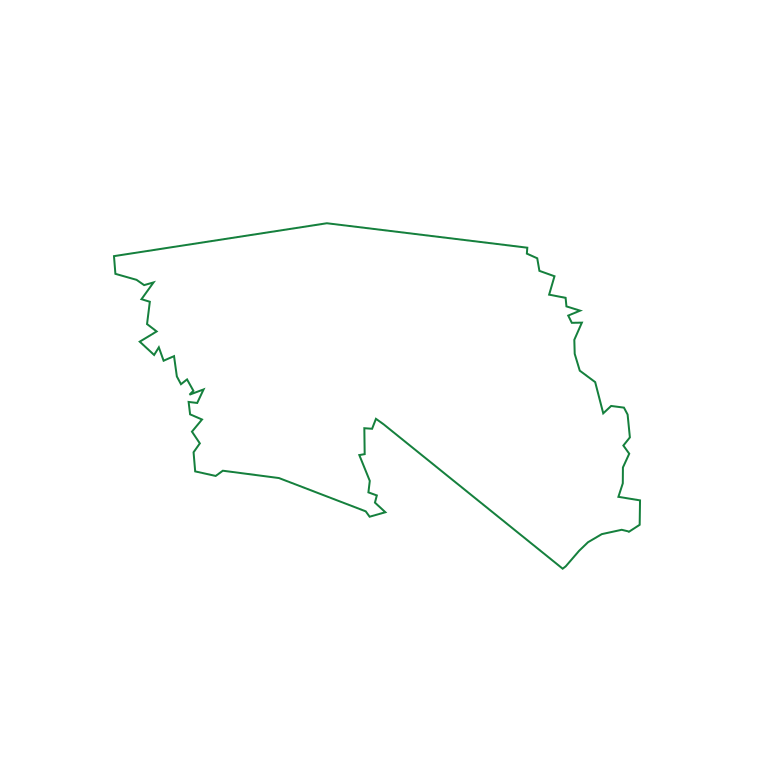 Refugio, Texas, United States of America (Albers equal-area conic projection), rotated 48°
{"feature_id": "52423323B18578133959698", "entity_name": "Refugio", "entity_type": "district", "adm_level": 2, "iso_a3": "USA", "parent_name": "United States of America", "parent_adm1": "Texas", "projection": "albers", "projection_center": [-97.12, 28.308], "detail": "fine", "context": "isolated", "style": "outline", "palette": "green", "viewbox_px": 768, "rotation_deg": 48, "n_neighbors": 0, "source": "geoboundaries", "source_scale": "gbopen_adm2", "svg_char_len": 1149}
<svg xmlns="http://www.w3.org/2000/svg" viewBox="0 0 768 768"><g transform="rotate(48 384 384)"><path d="M640.8,374.8L641.1,371.0L638.5,350.5L638.1,338.2L641.3,322.6L651.4,304.9L656.8,301.2L657.7,300.9L659.7,288.2L641.8,271.6L624.7,285.3L617.6,273.0L605.9,262.3L599.9,248.4L589.9,247.3L588.2,237.0L569.7,223.4L562.1,221.5L552.3,229.9L552.5,240.7L523.9,225.8L505.1,229.6L489.2,222.1L478.5,213.0L470.8,195.9L464.2,203.5L456.4,201.3L460.7,189.2L448.4,196.5L441.5,191.4L428.1,201.5L418.0,185.2L403.9,192.8L393.1,186.0L382.7,190.6L378.6,186.3L226.3,318.9L108.3,499.1L122.4,509.9L141.0,498.2L150.0,496.1L154.3,487.3L158.7,507.5L166.2,503.0L180.9,520.0L192.8,517.8L189.1,537.2L208.6,535.4L206.1,526.8L219.2,532.2L222.8,521.4L239.8,532.9L248.3,535.0L248.8,527.3L261.5,530.2L261.8,535.7L267.3,521.7L273.1,535.5L266.6,541.2L276.8,548.4L288.6,543.0L290.9,558.6L304.9,560.6L307.3,571.2L322.6,582.8L339.7,570.6L340.6,561.8L383.6,525.0L466.4,482.8L473.0,483.5L480.2,468.8L466.1,470.1L462.0,463.9L454.1,468.1L446.5,459.4L420.3,449.9L423.2,445.3L403.7,428.2L409.3,422.8L404.5,413.3L413.5,411.3L640.8,374.8Z" fill="none" stroke="#15803d" stroke-width="2"/></g></svg>